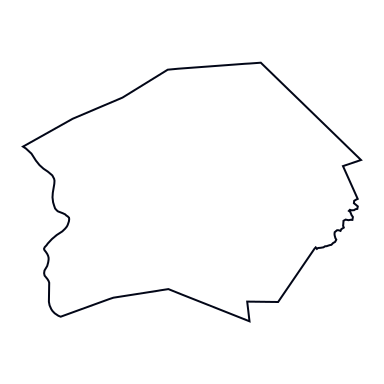 Corrente, Piauí, Brazil (Mercator projection)
{"feature_id": "56859067B28200345020958", "entity_name": "Corrente", "entity_type": "district", "adm_level": 2, "iso_a3": "BRA", "parent_name": "Brazil", "parent_adm1": "Piauí", "projection": "mercator", "projection_center": [-45.151, -10.393], "detail": "fine", "context": "isolated", "style": "outline", "palette": "ink", "viewbox_px": 384, "rotation_deg": 0, "n_neighbors": 0, "source": "geoboundaries", "source_scale": "gbopen_adm2", "svg_char_len": 1619}
<svg xmlns="http://www.w3.org/2000/svg" viewBox="0 0 384 384"><path d="M361.0,160.0L304.9,105.5L288.9,90.0L260.8,62.7L249.9,63.5L244.6,63.8L232.6,64.7L209.7,66.4L178.4,68.7L167.7,69.7L122.5,97.6L104.6,105.2L96.1,108.8L72.6,118.8L23.0,146.6L25.9,148.5L31.5,153.7L35.9,160.6L39.5,165.1L43.5,168.7L47.8,171.6L52.3,175.4L54.1,178.8L54.5,180.8L54.3,183.9L52.8,192.8L52.6,195.9L52.5,197.3L53.1,202.3L54.1,205.6L55.1,208.5L56.9,210.5L58.0,211.4L62.7,213.2L65.2,214.4L66.3,215.5L67.7,216.4L69.0,217.7L69.2,219.1L68.9,221.4L67.7,224.9L66.9,226.5L65.2,228.6L62.3,231.4L56.6,235.1L51.9,239.1L47.7,243.6L46.6,245.2L44.7,247.2L44.0,248.9L44.5,250.2L45.8,251.8L47.2,253.9L48.1,255.8L48.6,257.8L48.6,259.6L48.2,262.3L47.2,266.0L44.5,270.5L44.1,273.2L44.6,275.6L47.3,278.9L48.5,280.8L49.2,282.7L48.9,301.8L49.6,305.4L51.3,309.2L52.5,311.0L54.7,313.3L58.4,315.8L60.7,316.7L109.2,299.1L113.4,297.7L158.3,290.7L159.9,290.4L168.4,289.1L182.3,294.7L207.1,304.5L249.5,321.3L247.2,301.6L278.1,302.0L291.9,281.8L314.5,248.7L315.7,247.4L316.9,248.9L318.1,248.0L320.6,247.8L323.5,247.3L325.0,246.3L326.6,246.2L328.3,245.6L329.9,245.1L331.4,244.8L333.0,243.1L335.1,241.9L336.3,239.7L335.4,238.1L334.7,235.6L334.5,234.0L334.7,232.2L337.1,230.2L338.9,230.3L340.5,230.9L341.3,229.2L343.8,227.6L343.1,225.8L343.3,223.9L343.5,220.8L345.6,219.6L348.5,220.2L350.6,219.8L352.4,219.9L352.9,217.0L351.5,215.0L351.0,213.7L350.2,211.8L348.9,210.9L349.9,209.8L351.3,210.3L354.0,210.2L355.5,209.2L357.3,208.9L357.8,206.4L355.8,204.7L353.9,203.2L354.2,200.8L356.0,199.7L357.7,198.9L343.0,166.1L361.0,160.0Z" fill="none" stroke="#020617" stroke-width="2"/></svg>